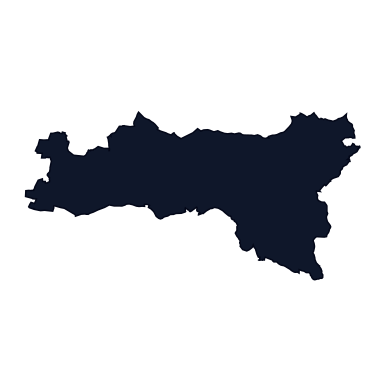 outline of Taga, Cluj, Romania, rotated 182°
{"feature_id": "2599482B54670496725150", "entity_name": "Taga", "entity_type": "district", "adm_level": 2, "iso_a3": "ROU", "parent_name": "Romania", "parent_adm1": "Cluj", "projection": "robinson", "projection_center": [24.058, 46.951], "detail": "fine", "context": "isolated", "style": "filled", "palette": "ink", "viewbox_px": 384, "rotation_deg": 182, "n_neighbors": 0, "source": "geoboundaries", "source_scale": "gbopen_adm2", "svg_char_len": 5986}
<svg xmlns="http://www.w3.org/2000/svg" viewBox="0 0 384 384"><g transform="rotate(182 192 192)"><path d="M95.6,270.9L94.3,267.5L94.2,266.0L94.8,263.6L97.0,260.6L101.1,256.0L102.7,254.8L105.5,254.1L109.0,252.3L111.3,251.7L113.7,251.5L117.6,250.1L117.1,248.6L118.7,248.9L119.8,248.2L122.1,248.3L123.5,248.8L125.4,250.3L128.4,251.4L131.7,250.4L134.3,250.8L141.8,250.7L143.6,250.9L145.7,252.3L147.2,252.5L151.5,251.4L154.6,252.0L158.4,251.4L161.7,251.7L166.2,253.1L168.3,254.1L171.6,253.0L172.8,253.0L176.6,254.4L178.4,254.8L182.5,254.4L185.3,253.2L188.6,255.5L193.1,251.2L204.8,244.9L208.9,247.1L211.6,249.6L212.0,250.5L212.6,250.3L214.1,249.0L214.3,248.3L215.4,248.4L218.3,249.3L220.2,250.2L225.7,251.8L229.0,253.4L228.1,254.8L231.3,258.3L233.4,260.0L235.1,260.9L237.6,262.7L240.0,263.3L242.6,264.6L248.2,269.9L249.3,267.7L250.1,264.9L252.4,260.2L252.5,258.0L251.7,255.8L256.1,255.1L261.6,255.7L262.0,255.9L263.6,255.7L263.7,255.3L266.9,255.1L270.5,249.1L271.4,248.4L273.6,247.8L275.2,246.6L275.1,245.5L275.5,246.0L277.6,244.1L278.4,243.8L277.6,242.0L276.7,237.2L276.7,235.9L276.0,232.0L276.0,230.5L276.4,230.5L276.5,231.6L277.1,232.6L281.6,232.5L287.4,234.1L290.3,231.8L292.4,230.8L292.5,230.3L294.5,230.6L294.8,229.8L296.9,230.3L297.3,229.5L297.4,228.5L298.2,227.7L298.7,226.3L299.7,224.9L301.2,223.9L311.6,224.6L317.0,228.5L318.1,231.1L318.2,231.8L316.7,237.4L317.1,238.4L318.6,238.3L320.0,243.1L319.1,243.7L321.1,245.5L320.8,246.6L323.6,247.3L323.8,246.0L324.7,246.0L326.5,246.1L326.6,246.7L327.7,246.7L327.9,247.1L328.2,247.1L332.9,245.8L335.1,245.7L336.8,240.7L337.1,239.1L342.0,238.7L346.1,238.9L347.6,232.7L348.1,232.1L349.9,227.6L348.4,226.8L348.1,225.5L343.0,225.4L343.5,220.8L339.5,221.0L339.4,221.5L337.3,221.7L337.0,221.3L335.3,221.9L335.1,221.7L333.6,217.9L334.7,211.4L334.6,210.2L335.0,207.2L336.9,205.1L337.2,204.3L337.1,203.5L335.8,202.2L335.5,201.6L334.9,201.4L335.0,199.5L334.6,198.3L334.8,197.2L336.0,196.8L336.6,196.1L338.8,195.9L339.0,197.4L341.7,197.3L342.0,199.9L346.1,198.4L349.1,191.9L349.7,189.6L350.2,188.9L350.3,188.1L352.0,188.1L352.8,187.8L355.2,187.9L358.1,187.5L358.2,181.7L350.8,180.0L350.8,179.7L347.2,179.5L349.0,175.0L352.5,176.0L353.6,174.1L354.7,171.5L354.0,170.7L350.7,169.7L350.5,169.9L349.7,169.9L349.8,169.4L349.1,169.2L342.7,168.1L338.7,168.6L330.5,168.0L329.6,171.2L329.7,172.9L329.5,173.4L328.8,173.4L322.8,171.9L319.0,171.3L308.1,165.4L307.8,164.9L307.6,163.8L301.8,166.0L297.5,166.4L297.3,166.1L295.0,166.1L293.3,167.2L289.9,168.5L285.5,170.8L278.8,173.6L274.3,176.2L269.5,175.4L261.4,175.6L258.4,176.7L257.2,177.6L254.3,177.9L251.0,177.3L247.1,176.0L244.4,175.7L241.3,176.1L238.9,176.0L239.2,177.8L237.5,178.1L235.9,178.0L234.1,177.2L234.6,176.7L235.0,175.1L232.4,173.7L230.0,171.5L229.1,170.4L226.9,166.4L224.4,164.6L222.6,164.0L220.7,164.7L220.0,165.4L218.6,166.3L215.3,167.2L212.9,168.8L209.7,169.0L207.3,170.0L201.9,170.4L198.0,171.9L197.7,172.3L198.1,173.3L198.2,175.6L198.1,175.9L195.5,174.1L195.1,174.3L193.5,172.5L193.0,172.4L191.5,173.2L191.3,173.6L188.3,175.8L188.1,176.2L186.8,176.9L186.4,176.0L186.6,174.2L186.4,173.3L185.0,172.5L184.2,172.3L183.4,171.5L184.5,170.7L184.7,170.1L184.7,169.4L180.6,171.1L180.1,170.9L176.9,173.7L172.8,176.2L171.5,176.2L169.0,177.4L165.1,176.8L160.7,174.5L158.0,172.2L154.7,169.7L153.9,169.3L152.5,169.2L152.1,168.5L151.7,167.0L151.0,166.1L148.8,165.3L148.7,164.4L146.6,163.0L146.2,161.7L145.2,160.9L145.4,159.8L145.9,158.9L145.7,155.1L147.1,152.8L147.2,152.3L145.6,149.5L144.1,147.8L143.4,146.5L142.3,145.2L142.1,144.6L142.5,143.4L142.5,142.7L141.8,141.2L141.7,140.3L142.0,139.5L139.3,136.2L135.2,135.0L132.7,136.3L130.2,138.4L129.6,139.3L129.0,141.2L127.9,138.7L126.7,137.6L124.8,132.0L123.4,129.2L121.9,129.2L122.0,127.0L122.9,126.3L122.6,126.1L119.7,126.6L119.7,126.4L119.0,126.3L118.8,126.8L117.3,126.6L117.2,128.0L116.5,129.4L109.8,127.0L108.7,126.3L108.6,125.6L108.0,125.5L107.7,125.0L105.2,125.2L103.9,124.4L103.5,123.8L102.5,123.1L100.6,122.1L97.3,121.5L91.3,118.2L89.9,117.0L87.2,115.6L86.1,115.4L83.7,115.6L82.2,114.7L82.2,118.2L79.5,117.2L77.2,116.8L75.1,115.5L72.1,115.5L71.1,114.6L70.6,112.7L69.4,111.7L69.3,110.8L68.4,109.6L67.5,108.9L66.2,108.6L63.3,109.5L62.2,109.5L61.2,110.3L60.0,110.2L58.9,110.5L58.4,111.2L58.4,113.8L59.6,115.5L59.5,117.4L60.5,119.9L62.1,121.9L61.9,122.5L62.6,122.9L65.3,125.5L66.8,128.9L67.0,130.6L68.0,133.8L69.2,135.2L68.4,137.1L67.7,141.1L67.7,142.3L68.3,145.1L69.1,147.1L69.2,148.2L67.3,150.7L66.0,151.7L58.2,151.6L56.0,152.1L55.7,154.1L54.3,156.1L53.7,157.6L53.3,159.8L52.6,160.8L52.2,162.0L52.7,163.3L53.8,164.8L55.4,166.7L56.0,168.1L56.8,170.9L56.7,172.8L56.1,173.9L55.7,175.3L56.5,177.2L56.7,182.8L57.1,183.6L59.2,186.4L61.9,186.4L62.9,186.7L65.0,187.7L66.2,188.8L66.6,190.8L66.3,193.1L67.5,195.1L67.7,197.3L64.0,197.0L64.3,197.3L64.3,198.4L62.4,201.0L59.8,204.1L58.7,203.0L58.3,203.1L55.1,207.0L53.7,207.9L54.2,208.9L51.4,210.7L46.4,212.6L44.6,215.4L44.5,217.2L44.7,217.7L44.3,218.7L42.7,220.3L42.2,222.4L40.3,223.7L38.4,224.6L36.5,227.5L36.0,228.0L35.2,228.1L35.8,230.2L37.7,230.0L36.3,231.3L36.0,231.9L36.1,233.2L34.8,233.5L34.8,234.0L33.6,234.2L32.2,236.0L30.5,236.8L28.6,238.1L27.4,240.3L28.0,240.3L27.6,241.1L25.8,242.2L26.0,243.5L26.3,243.7L27.4,243.1L28.8,243.5L29.4,243.1L30.6,243.8L31.5,244.9L31.5,245.3L33.0,246.0L34.4,243.4L35.7,242.9L37.2,243.0L38.8,241.8L40.3,243.3L41.4,243.1L43.6,246.9L44.7,248.2L41.0,251.5L40.5,251.6L37.1,251.8L36.4,252.3L34.0,252.0L33.4,251.5L31.2,251.7L31.4,253.7L32.4,256.4L32.4,257.8L32.1,259.0L34.0,262.5L34.1,264.5L34.8,265.5L37.0,266.7L38.9,268.3L39.4,269.8L40.2,271.0L40.4,272.3L40.6,272.5L40.4,275.2L43.5,272.2L46.5,270.7L47.6,270.6L48.9,269.9L49.9,269.0L53.7,267.5L54.8,267.9L58.4,268.5L61.6,269.7L62.8,269.0L65.3,270.0L65.7,270.0L65.8,269.4L67.7,269.4L68.8,270.2L70.3,272.2L71.2,273.2L71.5,273.2L72.9,275.4L75.8,272.8L78.3,271.9L78.5,271.5L79.3,270.9L81.0,271.6L81.8,272.3L85.3,274.1L86.6,274.5L86.6,273.4L90.8,270.6L91.8,270.5L95.6,270.9Z" fill="#0f172a" stroke="#020617" stroke-width="1.5"/></g></svg>